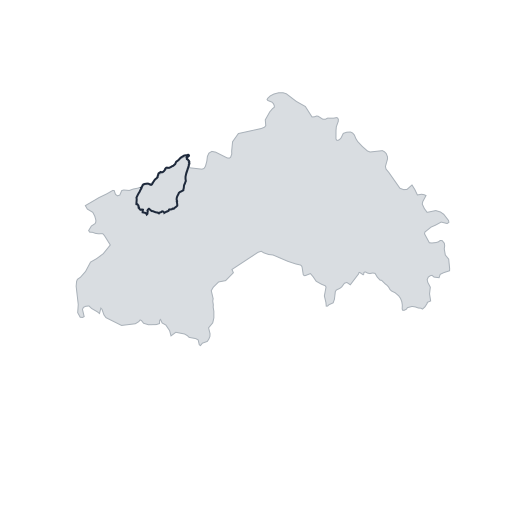 Mali, Mali, Guinea shown in context, rotated 327°
{"feature_id": "49546643B49159513129654", "entity_name": "Mali", "entity_type": "district", "adm_level": 2, "iso_a3": "GIN", "parent_name": "Guinea", "parent_adm1": "Mali", "projection": "albers", "projection_center": [-12.025, 12.05], "detail": "fine", "context": "in_parent", "style": "outline", "palette": "slate", "viewbox_px": 512, "rotation_deg": 327, "n_neighbors": 0, "source": "geoboundaries", "source_scale": "gbopen_adm2", "svg_char_len": 7312}
<svg xmlns="http://www.w3.org/2000/svg" viewBox="0 0 512 512"><g transform="rotate(327 256 256)"><path d="M308.7,328.8L304.9,328.3L303.2,329.0L298.2,335.0L295.2,337.3L290.5,336.6L288.8,337.0L287.6,336.3L289.3,333.1L291.6,326.7L297.8,320.2L297.9,318.8L295.4,315.1L292.7,309.9L292.6,304.4L292.1,300.4L286.7,299.3L285.7,298.7L285.5,297.3L288.6,290.4L288.8,289.0L288.4,287.8L285.0,284.3L279.8,277.8L270.8,264.4L267.4,261.6L264.2,257.5L263.0,254.9L259.7,254.0L228.5,254.2L227.9,257.7L217.1,260.1L210.5,257.4L203.2,258.9L199.6,260.7L196.8,268.5L195.2,270.2L193.6,273.7L192.2,275.6L190.5,279.5L187.0,284.9L183.3,288.5L177.1,290.4L175.1,296.2L173.6,298.3L171.2,300.0L168.6,301.1L163.5,299.9L160.6,300.9L160.1,299.5L161.8,294.9L160.5,292.5L155.6,287.8L155.1,285.5L153.6,282.5L147.2,276.3L141.2,276.7L142.9,271.6L142.8,264.8L140.8,261.0L141.4,257.2L140.2,257.5L138.2,260.1L135.0,259.2L128.4,255.1L125.1,251.2L124.8,247.8L124.0,246.5L122.0,247.2L117.9,247.1L105.4,241.0L96.6,226.0L96.4,222.6L97.8,216.8L97.5,215.2L93.4,219.0L92.6,216.5L89.5,210.4L88.7,206.9L85.7,205.4L83.3,205.1L81.4,206.2L78.9,213.2L77.1,213.1L75.2,211.6L75.6,206.4L80.5,199.9L88.7,183.4L91.7,179.6L93.5,178.3L97.3,178.2L104.7,176.1L113.9,171.0L120.8,171.4L129.1,170.9L139.8,167.4L140.0,156.3L139.6,153.8L135.9,151.5L133.7,149.6L131.8,147.1L129.5,145.4L129.5,143.5L134.3,141.2L138.7,141.2L140.1,140.3L141.2,138.8L142.5,134.7L142.9,130.5L140.1,124.8L140.3,120.8L156.0,121.5L164.6,122.6L171.6,123.0L172.7,123.9L171.7,127.8L172.6,130.1L175.0,130.7L179.0,128.0L181.0,128.6L185.4,132.0L189.5,133.0L194.0,134.8L198.2,135.8L201.9,135.7L204.7,137.6L210.0,138.2L216.7,135.8L222.1,134.8L229.5,134.5L233.4,135.3L244.8,133.3L253.7,134.4L252.4,135.7L248.3,144.6L248.8,146.2L257.9,153.7L260.0,154.3L262.5,153.2L266.4,149.7L269.5,146.0L272.5,144.1L275.9,144.2L278.7,146.9L285.2,158.0L286.9,159.4L288.4,159.4L291.2,157.3L292.7,154.8L298.6,147.4L307.9,143.7L330.0,152.0L333.3,152.6L335.2,152.0L337.9,146.9L346.1,142.6L350.1,141.4L352.4,141.2L353.2,139.9L353.6,137.8L353.2,135.7L350.6,132.0L350.5,130.8L351.9,130.1L355.1,129.5L359.2,129.9L363.8,131.4L367.6,133.8L369.8,136.5L374.0,148.3L378.8,157.5L378.7,169.9L380.8,171.1L383.1,171.6L384.2,172.6L386.5,177.6L388.6,179.1L391.2,179.4L396.0,182.6L399.1,183.9L399.6,184.8L399.5,186.2L398.3,187.9L393.7,191.4L391.4,194.4L386.8,201.4L386.7,202.8L387.7,203.7L389.7,203.8L391.7,203.3L396.0,200.7L399.5,201.6L402.8,203.5L404.0,205.5L404.4,208.2L403.7,211.6L403.6,215.4L404.8,222.0L406.6,228.5L408.3,230.9L419.4,236.5L420.5,238.6L421.0,241.0L420.3,244.4L419.2,246.2L413.3,251.4L412.4,253.9L412.9,258.4L413.6,277.6L416.0,280.8L418.9,282.4L425.5,281.4L425.4,286.7L424.6,292.7L428.5,294.4L430.4,296.2L431.5,297.9L425.5,301.2L423.7,303.0L423.0,308.0L423.3,312.6L431.5,315.8L434.7,319.6L436.2,323.5L436.8,331.1L436.1,332.8L434.0,332.9L429.8,328.4L423.4,327.9L418.6,327.1L410.7,327.9L409.4,329.2L408.6,339.3L410.6,340.9L414.4,342.8L416.8,343.5L418.9,343.3L420.5,344.5L420.9,347.8L419.8,350.2L417.8,352.5L415.3,358.3L415.9,363.6L411.5,372.1L410.3,373.8L404.3,372.2L400.5,371.7L397.7,373.9L393.8,370.6L393.1,368.1L391.7,367.5L389.1,367.5L386.7,369.0L385.7,371.7L385.2,377.1L380.9,382.3L378.0,388.8L374.4,388.2L373.7,389.0L369.9,390.7L366.7,391.2L365.8,389.5L363.9,388.1L361.8,385.4L359.4,383.3L354.9,381.8L353.1,382.5L350.9,382.3L349.5,381.5L349.7,380.1L352.0,376.8L353.4,373.7L354.1,370.3L354.0,367.2L352.7,362.7L350.6,359.1L350.1,357.1L350.3,354.1L349.8,351.4L349.2,349.9L348.1,344.8L346.9,343.8L346.2,339.7L346.4,335.4L344.6,333.8L341.8,332.7L340.2,331.0L339.2,329.1L338.2,328.6L337.3,328.7L336.5,329.9L335.6,330.1L334.0,326.2L333.3,326.0L332.2,326.9L319.4,331.5L317.8,327.7L315.3,327.0L311.1,328.6L308.7,328.8Z" fill="#d9dde1" stroke="#a8b0b8" stroke-width="1"/><path d="M187.0,161.7L187.7,161.6L188.2,161.2L188.7,160.3L189.2,160.0L189.6,159.5L189.7,158.8L190.5,158.3L191.2,158.2L191.8,158.0L192.0,158.1L192.5,160.0L193.0,161.5L193.9,162.2L195.0,163.8L195.6,164.6L196.4,165.4L197.2,166.0L197.6,166.6L197.5,167.0L197.8,167.4L198.4,167.1L198.9,167.2L199.4,167.2L199.8,167.4L200.6,167.6L201.6,167.4L202.2,167.9L202.8,169.7L202.7,169.9L203.3,169.9L204.6,170.0L204.8,170.0L205.1,170.1L205.3,170.2L205.6,170.1L205.9,170.2L206.0,170.3L206.3,170.3L206.5,170.4L206.9,170.4L207.2,170.5L208.4,169.7L208.8,169.8L209.6,170.4L209.9,170.6L211.0,171.0L211.8,170.8L212.4,171.2L212.7,171.6L213.4,171.4L214.4,171.3L216.0,171.2L217.4,170.9L217.9,170.1L218.7,168.5L219.3,167.0L219.7,167.0L220.3,165.2L221.1,164.2L222.0,163.4L223.2,162.6L224.4,162.0L225.6,161.1L227.1,160.9L228.3,161.1L229.6,161.2L230.8,161.3L230.9,161.1L232.5,159.6L233.2,158.7L233.9,157.8L234.5,157.3L235.1,156.8L235.6,156.7L236.9,155.6L238.0,154.9L238.1,154.7L238.2,154.4L238.3,154.2L238.5,153.8L238.6,153.5L238.7,153.3L238.8,153.1L239.0,152.8L239.1,152.6L239.2,152.4L239.4,152.2L239.5,152.0L239.7,151.7L239.8,151.5L240.0,151.2L240.3,150.9L240.5,150.7L240.9,150.3L241.1,150.0L241.3,149.9L241.5,149.7L241.9,149.3L242.0,149.2L242.4,148.8L242.5,148.8L242.6,148.7L242.9,148.4L243.1,148.3L243.2,148.1L243.3,148.1L243.5,148.0L243.6,147.9L243.7,147.7L243.9,147.6L244.0,147.5L244.2,147.4L244.3,147.3L244.5,147.2L244.7,146.9L245.0,146.8L245.1,146.7L245.3,146.5L245.4,146.4L245.5,146.3L245.7,146.1L245.9,146.0L246.1,145.8L246.2,145.7L246.3,145.7L246.5,145.4L246.9,145.2L247.0,145.2L247.3,144.9L247.5,144.7L247.8,144.4L248.0,144.3L248.1,144.2L248.4,144.0L248.5,143.9L248.8,143.8L248.9,143.7L249.2,143.0L249.5,142.7L250.2,142.5L250.4,142.1L250.7,141.9L250.7,141.3L250.8,141.0L251.1,140.9L251.4,140.7L251.5,140.3L251.6,139.7L251.4,139.4L251.4,139.2L251.5,138.7L251.3,137.9L250.8,137.1L250.9,136.9L251.2,136.7L251.3,136.5L251.3,136.1L251.3,135.7L251.7,135.5L252.0,135.4L252.4,134.9L252.5,134.9L252.6,135.1L252.5,135.5L252.8,135.7L253.1,135.5L253.3,135.5L253.6,135.4L253.8,135.4L254.2,135.5L254.5,135.2L254.4,134.9L254.5,134.5L254.2,134.1L253.2,133.9L252.8,133.8L251.6,133.1L250.3,132.6L249.4,132.6L246.8,132.5L245.9,132.6L244.4,133.0L243.5,133.3L243.3,133.3L241.6,133.5L241.2,133.4L240.4,133.5L240.0,133.7L239.3,134.2L238.5,134.8L238.1,135.0L237.6,135.0L235.7,135.3L234.5,135.0L233.1,135.0L231.4,134.8L230.9,134.6L229.8,133.7L229.6,133.7L229.3,133.3L228.8,133.1L228.3,133.2L227.4,133.4L227.3,133.6L226.1,134.3L225.2,134.6L224.2,134.8L223.3,134.8L222.9,134.7L222.4,134.3L222.3,134.1L221.7,133.5L220.6,133.7L220.4,133.8L220.1,133.6L219.8,133.6L219.4,133.6L218.6,134.1L217.8,134.9L217.3,135.2L216.4,136.3L216.1,136.2L215.7,136.5L215.1,136.6L214.9,136.7L213.9,136.7L212.7,136.9L209.9,138.1L209.7,138.3L209.3,138.4L209.1,138.5L208.1,139.1L207.4,139.3L207.0,139.3L206.6,139.1L206.2,138.6L206.2,138.4L205.8,138.0L205.8,137.8L205.2,136.8L204.7,136.4L204.5,136.2L204.0,135.9L203.0,135.5L202.3,135.1L201.1,134.7L200.4,134.6L200.0,134.8L199.6,134.8L199.0,135.2L197.7,136.1L197.2,136.2L196.8,136.2L196.8,136.3L196.7,136.9L194.6,137.9L193.5,138.7L192.1,139.3L190.4,140.2L189.1,141.0L187.6,141.9L186.8,143.5L185.9,144.7L185.1,145.8L184.5,146.5L184.0,147.3L184.3,147.5L184.7,147.9L184.5,148.4L184.8,148.9L184.9,149.6L184.3,150.6L184.4,151.4L183.8,151.7L183.9,152.2L184.0,153.2L184.1,153.6L184.2,154.3L184.6,154.6L185.3,154.7L185.8,155.0L186.4,155.6L185.6,156.4L185.2,156.9L184.9,157.3L184.7,157.6L184.8,157.7L185.8,158.7L186.7,159.6L187.1,161.3L187.0,161.7Z" fill="none" stroke="#1e293b" stroke-width="2"/></g></svg>